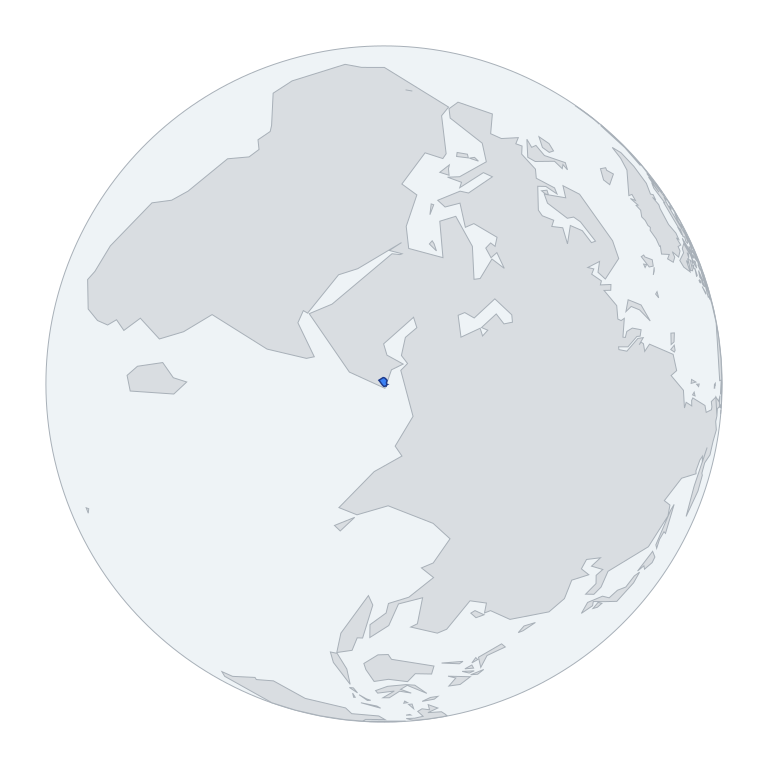 the Earth from above Ash Sharqiyah North, rotated 74°
{"feature_id": "OMN-5496", "entity_name": "Ash Sharqiyah North", "entity_type": "Region", "adm_level": 1, "iso_a3": "OMN", "parent_name": "Oman", "parent_adm1": "", "projection": "orthographic", "projection_center": [59.003, 22.366], "detail": "fine", "context": "on_globe", "style": "filled", "palette": "blue", "viewbox_px": 768, "rotation_deg": 74, "n_neighbors": 0, "source": "natural_earth", "source_scale": "10m", "svg_char_len": 10552}
<svg xmlns="http://www.w3.org/2000/svg" viewBox="0 0 768 768"><g transform="rotate(74 384 384)"><circle cx="384" cy="384" r="338" fill="#eef3f6" stroke="#a8b0b8"/><path d="M499.2,66.3L500.3,66.7L495.4,65.1L479.6,60.0L476.1,59.2L485.2,62.1L486.0,63.2L473.2,58.8L473.3,60.4L446.9,54.5L416.5,47.8L398.0,46.8L356.7,47.2L356.7,47.3L341.0,48.9L335.1,50.0L329.1,50.7L329.6,51.1L336.2,50.3L338.6,50.5L335.8,51.4L327.6,52.1L327.9,51.7L324.0,52.5L321.2,52.6L321.0,53.0L311.4,54.4L316.5,54.6L305.3,57.0L300.2,57.6L306.5,55.5L307.8,54.8L331.7,50.2L355.8,47.3L380.1,46.1L404.3,46.7L428.5,49.0L452.5,53.1L476.1,58.9L499.2,66.3ZM269.3,66.2L277.2,63.5L269.4,66.5L256.2,71.7L247.2,75.2L241.2,77.9L244.7,77.3L223.1,87.4L200.5,101.3L195.6,104.3L195.0,103.8L196.3,103.0L219.6,88.8L244.0,76.5L269.3,66.2ZM501.7,67.3L504.8,68.4L505.7,68.8L501.7,67.3ZM280.7,62.3L279.0,62.9L278.0,63.2L280.7,62.3ZM289.9,59.5L286.9,60.4L287.0,60.3L289.9,59.5ZM499.0,66.9L499.6,67.7L496.3,65.9L499.0,66.9ZM300.5,56.6L304.1,55.9L286.1,60.8L294.6,58.1L300.5,56.6ZM498.1,67.6L499.7,70.4L506.5,72.8L488.0,68.6L492.8,67.0L487.7,64.2L494.0,66.5L498.1,67.6ZM339.6,49.8L332.4,50.6L341.0,49.3L339.6,49.8ZM344.5,49.0L367.5,46.5L376.6,46.4L367.1,46.9L381.0,46.9L374.2,47.9L365.0,48.2L360.4,47.9L361.3,48.7L344.5,49.0ZM477.5,66.2L475.5,66.5L474.6,65.3L477.5,66.2ZM340.3,50.5L344.1,49.7L352.3,49.4L346.1,51.0L345.5,50.5L340.3,50.5ZM388.0,46.7L393.0,47.2L388.9,48.0L390.3,48.4L374.8,48.0L388.0,46.7ZM342.2,51.1L342.8,51.9L336.3,53.0L337.1,51.3L342.2,51.1ZM357.0,48.8L360.6,48.9L356.6,49.3L357.0,48.8ZM313.8,58.5L318.2,56.9L322.8,56.5L313.8,58.5ZM343.5,52.2L345.7,51.9L348.0,51.7L347.1,52.6L343.5,52.2ZM373.0,48.9L370.2,49.4L379.1,49.1L376.3,50.2L366.5,49.9L369.6,50.6L368.7,51.0L361.7,50.4L373.0,48.9ZM353.2,53.3L339.7,54.1L330.5,56.8L326.1,57.1L341.7,52.8L353.2,53.3ZM358.8,51.5L354.3,52.6L351.1,52.0L352.2,51.1L358.8,51.5ZM378.0,51.3L384.7,49.6L386.6,49.8L378.0,51.3ZM351.1,54.0L354.4,53.9L350.8,54.3L351.1,54.0ZM370.4,52.1L372.5,51.3L374.7,51.5L370.4,52.1ZM359.2,54.4L354.9,54.6L355.4,53.7L359.2,54.4ZM364.8,53.4L367.2,53.9L358.3,53.3L365.4,53.0L364.8,53.4ZM372.1,52.4L374.0,52.3L370.9,52.7L372.1,52.4ZM359.4,58.0L348.0,57.5L349.3,55.4L360.2,56.1L359.4,58.0ZM67.3,388.8L66.0,333.3L73.5,318.2L79.8,296.4L135.6,245.6L142.0,254.7L179.8,260.8L183.5,265.3L173.1,280.8L196.7,311.7L211.3,300.3L238.6,319.2L260.5,322.9L278.8,292.5L242.9,285.5L242.6,268.8L276.0,261.1L308.2,268.6L309.1,262.5L293.6,245.8L306.0,236.5L288.8,239.3L292.1,246.3L281.4,248.7L277.8,242.6L282.3,239.3L274.1,234.9L254.6,253.4L255.8,262.6L231.1,261.1L230.7,276.5L222.2,281.7L219.6,257.7L223.7,250.1L214.7,222.7L208.2,230.2L216.2,257.1L211.5,253.9L202.7,265.9L205.6,254.2L198.6,224.4L179.6,223.2L146.6,247.1L137.3,245.6L133.5,235.2L154.3,205.4L172.8,212.5L180.4,203.5L184.2,187.0L189.4,191.1L193.3,185.7L201.0,188.3L219.2,179.2L228.2,180.9L242.5,166.0L249.0,165.3L238.7,174.0L236.3,181.7L259.4,187.7L265.9,185.5L273.4,175.7L278.8,179.3L283.1,169.1L299.9,169.0L283.0,161.2L291.3,151.1L305.3,145.6L305.0,141.3L282.2,150.5L275.8,155.7L275.2,162.1L255.2,177.0L245.7,177.6L255.1,158.0L242.7,157.3L255.5,143.7L309.3,124.8L328.1,123.8L344.1,142.3L335.6,147.5L325.6,143.0L328.2,156.0L331.2,150.6L335.7,154.1L344.8,146.6L348.4,148.7L350.9,138.4L356.4,140.2L354.7,146.7L372.8,138.7L386.0,141.3L388.4,138.6L387.1,134.9L404.8,141.4L405.8,139.2L400.4,136.1L398.7,129.9L402.7,121.9L408.6,124.6L408.0,127.8L415.5,139.2L412.9,148.3L415.7,148.7L419.4,141.5L410.2,127.4L410.9,122.0L416.6,127.9L414.6,125.3L416.8,123.5L424.5,124.4L418.9,117.8L435.2,97.9L451.8,99.0L455.0,105.7L472.6,97.9L489.9,101.8L484.9,98.6L489.9,94.2L484.6,92.8L482.5,91.0L493.1,81.4L500.1,82.1L499.0,76.4L496.4,75.1L491.1,74.2L488.0,68.6L506.5,72.8L511.5,75.5L519.7,77.2L529.8,83.5L542.0,90.2L548.2,97.5L557.3,103.0L559.5,103.2L573.4,111.7L594.6,130.1L567.8,114.1L534.1,90.9L547.1,99.7L541.2,97.8L544.1,101.3L553.5,108.1L556.3,108.8L556.6,123.9L573.4,146.7L579.2,142.5L589.1,147.4L613.3,174.7L625.8,220.3L639.0,231.3L644.0,240.2L641.6,248.1L634.3,235.2L626.4,232.8L622.6,224.8L616.3,234.7L610.7,223.8L608.5,237.7L616.1,245.2L623.8,239.7L624.3,257.6L640.0,269.7L648.5,288.2L645.0,327.8L631.2,344.1L631.8,350.5L622.8,345.9L616.1,361.1L637.0,391.3L638.2,401.4L625.0,425.3L623.7,418.0L600.1,405.8L599.4,430.7L617.5,446.0L623.8,467.5L611.5,463.8L604.7,445.1L596.2,440.2L595.8,418.9L583.7,389.7L571.1,398.7L569.6,386.0L551.0,363.2L531.5,375.2L502.2,413.6L502.3,446.0L490.4,461.4L465.5,417.6L458.2,386.6L446.8,390.4L423.1,365.0L375.5,364.1L370.8,355.7L361.4,359.4L345.1,350.6L338.9,336.9L328.0,337.2L345.3,373.3L357.1,373.2L370.1,360.1L372.4,372.9L388.4,384.3L363.0,414.0L295.8,436.5L292.9,411.9L261.0,340.4L264.0,333.1L264.0,332.3L263.8,330.7L257.1,342.1L252.9,328.2L265.9,377.4L266.5,397.6L294.8,437.9L291.2,441.3L301.4,449.9L338.6,443.5L338.0,451.5L318.2,486.8L269.9,530.1L278.5,562.2L278.8,587.5L253.6,600.1L260.8,619.3L248.5,623.4L251.1,633.4L244.0,641.9L230.4,647.7L201.9,640.1L196.1,630.9L175.8,609.0L145.9,557.1L148.8,537.5L144.6,519.2L124.4,472.3L128.5,451.1L124.1,439.5L114.5,437.8L109.9,423.8L104.5,420.8L73.9,410.4L67.3,388.8ZM110.2,276.0L107.2,282.2L110.2,276.0ZM338.4,293.8L360.2,297.1L356.9,276.2L365.0,276.0L360.9,269.4L356.6,274.7L347.6,256.8L359.3,252.1L360.0,243.5L352.7,242.1L332.7,254.0L345.4,279.1L337.6,286.7L338.4,293.8ZM186.3,109.9L193.7,105.4L187.7,109.2L177.6,116.9L169.1,123.6L175.2,118.6L173.7,119.6L179.9,114.7L186.3,109.9ZM206.7,156.8L206.9,161.3L200.3,166.5L189.0,166.9L198.4,159.1L206.7,156.8ZM208.6,166.8L221.2,148.7L228.7,148.6L222.4,151.5L226.1,153.3L216.9,158.7L211.8,177.3L205.7,183.3L188.1,179.2L197.2,176.8L196.5,172.2L208.6,166.8ZM239.9,111.1L245.4,105.6L254.6,112.1L248.4,116.7L236.7,116.6L237.2,111.3L239.9,111.1ZM291.1,61.0L292.6,60.1L294.9,59.7L295.4,60.1L291.1,61.0ZM315.4,57.7L286.8,65.1L287.1,64.2L270.0,70.7L264.1,71.2L275.4,66.8L258.0,72.7L265.9,68.9L254.0,73.4L279.8,63.4L286.1,61.0L281.3,63.3L286.5,62.7L290.7,61.8L307.2,57.6L323.4,53.2L331.2,52.7L332.4,53.6L329.7,54.6L325.5,54.4L324.9,55.9L316.8,56.5L315.4,57.7ZM341.9,76.9L338.1,74.1L335.6,81.4L327.4,80.3L327.6,81.2L319.4,82.4L309.7,85.8L306.9,84.8L304.3,86.6L298.8,87.8L294.4,90.2L287.7,89.4L281.8,92.4L282.0,90.5L273.6,96.0L276.9,91.7L270.1,93.4L270.4,96.7L245.3,91.5L232.2,94.3L219.5,99.4L226.9,92.5L243.5,83.9L263.4,76.5L274.9,75.5L276.2,73.1L282.1,72.1L278.6,74.4L287.5,70.4L291.4,70.3L309.1,66.5L319.4,61.8L326.2,60.8L324.1,62.6L332.2,60.4L332.9,63.4L337.7,62.8L343.2,65.8L336.3,70.4L342.3,69.6L346.7,72.4L341.9,76.9ZM360.6,58.8L354.3,63.6L346.8,65.6L340.4,59.8L336.0,59.9L331.6,57.2L342.7,54.5L342.9,55.4L345.7,55.8L341.1,56.4L346.9,56.2L347.4,57.6L351.9,58.0L348.7,59.3L360.6,58.8ZM191.4,260.8L194.9,262.7L201.3,263.9L195.9,272.0L191.4,260.8ZM186.1,240.5L189.9,240.6L185.3,251.5L181.6,249.9L186.1,240.5ZM195.8,231.8L190.4,239.7L191.1,234.5L195.8,231.8ZM242.6,173.9L247.0,173.8L246.0,176.3L241.7,179.3L242.6,173.9ZM332.5,101.6L331.6,98.8L333.8,98.2L338.5,91.9L344.9,92.7L344.6,96.8L332.5,101.6ZM270.5,296.9L261.9,301.8L259.6,298.2L263.0,297.2L270.5,296.9ZM225.4,286.8L233.9,293.2L223.9,289.0L225.4,286.8ZM340.3,101.4L341.5,98.6L344.0,100.9L340.3,101.4ZM349.9,93.1L353.4,95.1L346.2,92.1L349.9,93.1ZM422.5,702.2L426.7,703.9L420.9,704.4L422.5,702.2ZM335.7,588.8L320.8,629.9L304.9,628.6L299.0,616.1L302.4,590.8L319.9,584.8L327.7,573.1L335.7,588.8ZM672.5,499.4L677.2,498.0L676.8,499.5L672.5,499.4ZM667.7,497.2L673.6,494.6L666.2,500.9L667.7,497.2ZM675.8,493.6L681.8,487.7L684.4,484.0L683.6,487.2L675.8,493.6ZM663.4,499.3L637.7,509.4L626.8,509.4L630.0,503.3L647.7,498.3L663.4,499.3ZM629.1,503.4L611.6,494.1L583.1,457.3L593.4,455.7L622.3,474.6L620.6,479.7L631.2,488.1L629.1,503.4ZM669.1,461.1L667.2,475.5L653.6,480.1L647.1,480.4L642.7,464.5L645.2,454.5L650.7,452.7L668.9,413.7L675.9,418.2L671.1,433.8L676.6,443.4L669.1,461.1ZM504.1,448.9L513.2,466.6L506.3,470.6L504.1,448.9ZM673.7,388.7L668.1,405.6L672.4,384.5L673.7,388.7ZM674.7,369.8L676.3,376.4L672.3,371.2L674.7,369.8ZM634.0,360.0L628.2,363.7L626.9,359.0L633.4,351.4L634.0,360.0ZM655.0,304.2L659.5,318.3L660.0,323.5L655.2,316.1L655.0,304.2ZM396.8,110.7L383.2,117.9L377.6,125.0L381.1,131.5L370.3,126.1L378.9,115.1L396.8,110.7ZM429.9,98.9L426.7,94.3L431.9,94.9L433.3,96.1L429.9,98.9ZM425.2,97.1L414.2,94.2L414.9,90.8L423.5,93.6L425.2,97.1ZM376.9,96.2L372.4,98.1L370.5,96.1L376.9,96.2ZM659.2,580.1L658.5,580.6L621.1,617.7L615.8,619.1L623.3,610.1L630.5,588.9L632.9,588.2L638.9,572.1L664.5,546.4L684.8,510.2L692.0,505.9L701.7,480.5L706.9,475.5L701.4,493.9L702.1,497.8L714.0,456.1L711.8,466.0L704.8,490.3L695.9,514.0L685.3,536.9L673.1,559.0L659.2,580.1ZM684.0,494.1L691.6,479.6L694.7,476.6L684.0,494.1ZM717.8,436.7L718.0,435.0L715.4,448.7L711.7,454.8L713.7,446.7L714.2,438.0L708.0,441.8L706.7,437.0L709.7,430.0L704.4,429.9L710.3,421.6L712.0,432.4L714.9,419.1L718.3,416.1L720.2,414.9L720.1,418.6L717.8,436.7ZM708.7,450.3L709.6,449.4L708.4,454.1L708.7,450.3ZM696.8,449.2L696.3,453.0L694.5,451.5L696.8,449.2ZM699.4,445.2L704.3,445.0L698.7,448.7L699.4,445.2ZM680.1,444.7L682.1,452.2L688.6,443.0L683.6,453.7L687.1,465.4L685.3,471.5L682.0,458.7L679.4,475.3L676.4,476.6L675.6,463.9L679.0,445.8L682.0,437.4L693.2,428.1L680.1,444.7ZM699.6,434.8L698.1,425.8L699.1,418.3L700.8,422.5L699.6,434.8ZM692.2,404.9L686.4,396.0L682.5,403.0L689.2,381.7L693.8,393.6L692.2,404.9ZM685.3,381.8L681.8,388.1L684.6,376.3L685.3,381.8ZM680.1,384.8L678.3,377.0L681.8,376.2L680.1,384.8ZM687.4,380.9L685.9,366.8L688.8,373.9L687.4,380.9ZM673.4,359.8L683.1,369.1L672.7,368.5L666.2,342.6L670.2,339.9L673.4,359.8ZM657.4,245.0L653.0,238.5L654.9,235.0L657.4,240.4L657.4,245.0ZM657.1,220.1L654.0,232.0L650.8,242.8L654.6,244.6L658.9,257.5L650.1,248.5L648.2,232.4L651.6,226.5L646.6,216.4L645.8,207.5L637.5,196.3L635.3,190.2L643.9,198.9L657.1,220.1ZM633.7,191.8L618.9,171.9L625.0,171.3L629.6,175.5L633.8,184.6L630.4,184.3L633.7,191.8ZM617.1,167.2L613.5,167.0L584.3,143.2L579.7,138.3L605.2,154.6L603.2,155.6L609.3,162.0L617.1,167.2ZM479.1,67.7L475.8,66.6L479.1,67.1L479.1,67.7ZM479.5,90.4L477.3,88.1L481.2,88.3L479.5,90.4ZM473.2,82.3L470.4,83.6L470.9,81.0L473.2,82.3ZM464.4,87.1L468.1,83.6L468.1,88.6L464.4,87.1Z" fill="#d9dde1" stroke="#a8b0b8" stroke-width="1"/><path d="M385.4,380.9L385.5,381.3L385.6,381.5L385.9,381.7L386.1,382.0L386.4,382.4L386.6,382.5L386.3,382.8L386.3,383.1L386.4,383.4L386.4,384.2L386.1,384.9L385.5,385.3L384.3,385.9L383.0,386.4L381.8,386.8L380.4,387.3L379.0,387.9L377.6,383.1L378.2,381.9L379.4,380.9L379.8,380.9L380.7,380.3L381.5,380.1L383.1,381.2L384.9,381.5L385.3,381.1L385.4,380.9L385.4,380.9Z" fill="#3b82f6" stroke="#1e3a8a" stroke-width="1.5"/></g></svg>